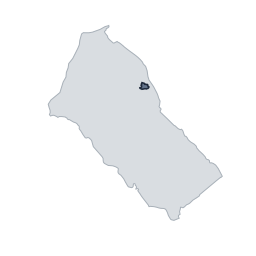 Dormaa East, Brong Ahafo, Ghana (highlighted), rotated 141°
{"feature_id": "2480657B16380673722667", "entity_name": "Dormaa East", "entity_type": "district", "adm_level": 2, "iso_a3": "GHA", "parent_name": "Ghana", "parent_adm1": "Brong Ahafo", "projection": "equal_earth", "projection_center": [-2.665, 7.264], "detail": "fine", "context": "in_parent", "style": "filled", "palette": "slate", "viewbox_px": 256, "rotation_deg": 141, "n_neighbors": 0, "source": "geoboundaries", "source_scale": "gbopen_adm2", "svg_char_len": 3922}
<svg xmlns="http://www.w3.org/2000/svg" viewBox="0 0 256 256"><g transform="rotate(141 128 128)"><path d="M150.4,27.3L151.9,29.2L152.3,30.3L151.7,34.5L150.6,37.4L150.0,40.1L150.0,41.4L150.7,42.8L153.0,44.9L154.2,46.3L155.6,48.4L157.2,50.4L160.0,53.1L161.1,53.6L161.1,54.3L160.7,55.3L160.5,65.2L160.3,67.8L160.1,69.1L159.9,72.8L159.6,73.3L159.0,73.3L158.6,73.4L158.4,74.2L158.6,74.9L160.3,75.5L159.9,76.0L158.7,76.5L158.2,77.6L158.4,78.9L157.7,79.9L157.9,80.6L158.4,81.1L159.1,81.0L161.0,79.2L161.8,79.1L162.8,79.4L164.7,82.0L164.7,83.3L164.0,87.7L163.3,91.1L163.2,95.6L163.9,98.1L163.8,99.5L163.0,100.7L161.1,102.4L161.2,103.6L162.1,105.8L163.7,108.3L166.9,111.3L168.6,115.3L168.6,116.9L167.6,118.6L166.5,120.0L166.2,122.0L166.7,135.3L164.2,141.1L164.2,142.8L164.5,144.7L165.1,145.9L166.4,146.2L167.4,147.3L167.1,151.4L166.5,155.5L166.5,157.5L166.2,158.5L165.2,159.3L164.8,160.6L165.1,162.2L164.9,163.4L165.4,165.0L166.6,166.9L168.4,171.7L169.1,172.0L169.4,173.1L169.2,174.0L169.9,176.1L172.0,178.3L174.1,180.1L175.8,180.4L176.3,182.0L177.4,184.2L178.2,185.1L179.5,185.7L180.6,186.0L180.7,187.8L178.7,189.0L177.4,190.8L176.4,193.6L175.0,196.7L170.3,198.3L168.4,198.3L158.6,198.4L149.5,204.5L144.2,206.6L140.9,210.0L136.6,212.5L133.5,215.4L127.2,216.8L116.8,221.5L113.5,223.3L110.2,226.5L104.9,230.3L102.8,230.2L98.6,226.7L95.4,224.9L87.7,222.2L81.9,221.2L79.2,220.0L78.4,219.8L79.1,218.6L80.7,218.5L82.3,218.9L83.6,217.9L85.5,217.8L86.0,216.8L86.1,214.2L86.1,212.2L86.8,211.2L86.9,208.8L86.0,203.4L85.4,202.8L82.0,202.1L81.8,201.0L81.2,199.9L80.5,197.1L79.8,193.0L78.6,187.9L76.4,179.5L75.8,176.5L75.4,173.5L75.3,169.9L75.8,168.5L75.7,166.7L75.5,164.8L77.1,160.5L80.2,155.3L80.9,153.4L81.5,152.1L81.6,150.2L82.1,144.1L83.6,136.7L84.5,133.9L85.2,132.4L85.9,130.0L86.1,128.8L89.0,126.0L90.3,125.2L90.6,124.0L90.2,122.8L90.4,121.9L91.0,121.5L92.1,121.2L92.9,120.0L91.7,110.9L90.7,101.9L90.6,101.1L90.0,99.9L89.5,96.1L88.5,93.9L87.1,93.3L87.2,91.2L88.5,87.8L88.9,85.7L88.2,85.1L88.1,83.5L88.6,81.0L88.4,79.4L88.1,77.7L86.7,73.7L86.4,70.9L87.1,69.3L87.1,65.7L86.3,60.2L86.2,56.7L86.7,55.3L86.4,53.9L85.4,52.6L85.3,51.3L86.2,50.0L86.1,49.1L85.0,48.4L84.0,46.7L83.2,44.0L83.4,39.7L85.0,31.7L85.2,31.1L87.0,31.1L87.0,31.4L92.8,31.4L99.3,31.3L107.1,31.2L114.3,31.1L114.6,30.7L115.7,30.3L122.9,31.1L127.4,30.7L129.3,31.0L130.7,31.5L133.8,31.2L135.5,31.4L136.7,33.3L137.2,33.3L137.9,32.5L139.2,31.5L140.4,30.8L141.3,29.2L141.9,28.1L142.7,28.3L143.9,28.2L144.7,27.2L145.0,25.7L150.4,27.3Z" fill="#d9dde1" stroke="#a8b0b8" stroke-width="1"/><path d="M93.6,150.9L93.5,150.7L93.4,150.6L93.3,150.4L93.2,150.3L93.2,150.2L93.0,149.9L92.9,149.7L92.8,149.4L92.7,149.4L92.5,149.2L92.4,149.2L92.4,149.3L92.3,149.2L92.2,149.0L92.1,148.9L91.9,148.8L91.8,148.7L91.7,148.7L91.4,148.6L91.2,148.5L91.1,148.4L90.9,148.3L90.8,148.2L90.7,148.2L90.4,148.1L90.2,148.0L90.1,147.9L89.9,147.7L89.7,147.5L89.6,147.4L89.5,147.2L89.4,147.2L89.2,147.0L89.1,146.9L89.0,146.7L88.9,146.7L88.7,146.6L88.3,146.5L88.2,146.5L87.9,146.5L87.7,146.4L87.6,146.2L86.4,146.3L85.8,147.0L85.9,147.3L86.0,147.4L86.0,147.5L86.1,147.8L86.2,148.0L86.1,148.3L86.0,148.5L86.0,148.8L86.0,149.0L85.9,149.0L85.8,148.9L85.7,148.8L85.5,149.0L85.5,149.3L85.5,149.5L85.6,149.8L85.8,149.9L86.0,149.9L86.0,150.0L86.3,150.3L86.5,150.6L86.6,150.8L86.8,150.8L86.9,151.0L87.0,151.3L87.3,151.3L87.4,151.5L87.5,151.5L87.5,151.8L87.5,152.0L87.4,152.4L87.3,152.5L87.3,152.8L87.5,153.0L87.8,153.2L88.0,153.3L88.0,153.5L88.1,153.8L88.2,154.0L88.3,154.1L88.4,154.3L88.5,154.4L88.6,154.2L88.8,154.2L89.0,154.2L89.3,154.1L89.5,154.0L89.6,153.9L89.8,153.8L89.8,153.7L90.0,153.7L90.1,153.4L90.2,153.2L90.3,153.1L90.4,152.9L90.5,152.9L90.8,152.8L91.0,152.9L91.1,152.7L91.1,152.4L91.1,152.2L91.1,151.9L91.3,151.8L91.3,151.7L91.5,151.5L91.6,151.4L92.6,151.3L93.1,151.4L93.2,151.6L93.3,151.7L93.4,151.3L93.4,151.2L93.5,151.1L93.5,150.9L93.6,150.9Z" fill="#64748b" stroke="#1e293b" stroke-width="1.5"/></g></svg>